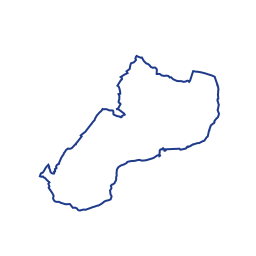 Sancel, Alba, Romania (orthographic projection), rotated 74°
{"feature_id": "2599482B13379930489743", "entity_name": "Sancel", "entity_type": "district", "adm_level": 2, "iso_a3": "ROU", "parent_name": "Romania", "parent_adm1": "Alba", "projection": "orthographic", "projection_center": [23.953, 46.206], "detail": "fine", "context": "isolated", "style": "outline", "palette": "blue", "viewbox_px": 256, "rotation_deg": 74, "n_neighbors": 0, "source": "geoboundaries", "source_scale": "gbopen_adm2", "svg_char_len": 5753}
<svg xmlns="http://www.w3.org/2000/svg" viewBox="0 0 256 256"><g transform="rotate(74 128 128)"><path d="M192.9,198.7L193.4,198.2L193.7,197.8L194.0,197.1L194.1,196.8L194.0,195.5L194.1,194.5L194.1,193.9L194.2,193.0L194.3,192.7L194.9,191.5L194.5,185.3L194.3,183.3L194.4,181.7L194.3,181.1L194.2,178.6L194.4,177.7L193.8,175.5L193.6,174.5L192.9,172.7L192.2,171.1L191.9,169.3L192.1,166.4L191.8,164.4L189.8,162.9L188.8,162.6L187.3,163.1L183.1,162.5L181.7,160.8L180.3,160.3L179.0,160.5L178.0,159.2L178.0,158.2L177.4,156.3L177.1,155.9L176.5,155.6L176.3,155.4L175.6,154.5L175.3,154.3L174.6,153.8L174.1,153.5L173.2,153.3L172.5,153.1L171.9,152.9L171.5,152.6L171.0,152.2L170.7,152.0L169.2,151.7L167.5,151.2L166.6,150.8L165.4,150.3L164.7,149.9L164.4,149.6L163.4,148.5L163.2,148.2L162.9,147.8L162.5,146.6L162.1,145.1L162.0,144.0L161.9,141.9L161.3,139.1L160.5,138.1L160.4,137.1L160.7,133.6L161.4,131.0L161.5,127.8L161.8,125.8L162.1,125.3L162.9,124.3L163.6,122.0L164.0,119.2L163.9,112.2L163.8,111.6L162.8,108.5L162.5,107.7L162.5,106.8L162.5,105.6L163.7,105.6L163.4,104.8L163.3,104.7L162.7,104.9L161.8,105.0L161.0,104.7L160.3,104.3L158.6,103.8L158.1,103.4L157.7,102.9L157.6,102.5L158.0,101.1L157.1,100.3L157.1,99.8L158.8,99.1L159.8,99.3L160.0,99.0L160.0,98.2L159.5,97.5L158.9,97.5L162.1,84.2L163.3,83.6L163.5,81.4L163.7,78.1L163.5,77.7L162.9,77.2L162.6,76.7L162.8,76.4L162.3,75.8L162.3,75.6L162.7,75.6L162.8,75.4L162.7,75.2L162.6,72.9L162.4,72.7L162.2,72.2L162.2,71.8L161.9,71.2L161.6,69.9L161.9,69.5L161.8,69.1L161.7,67.2L161.7,65.3L162.1,64.0L161.5,60.6L161.3,60.0L161.2,58.0L160.8,57.7L160.3,57.0L158.7,55.1L158.1,53.7L155.6,52.3L154.6,51.8L153.5,51.2L152.5,50.3L152.1,50.4L151.5,49.8L150.5,49.2L150.4,49.0L149.7,48.7L149.2,48.2L148.8,48.0L148.0,47.0L147.8,46.4L147.2,44.9L147.2,44.4L146.7,43.6L146.4,43.3L145.7,43.3L145.4,43.2L145.0,42.7L144.2,41.8L144.0,41.4L143.0,40.0L142.9,39.4L142.5,38.8L142.1,38.4L141.4,37.9L140.3,37.1L139.3,36.6L138.7,36.6L137.8,36.8L137.4,36.8L136.6,36.8L136.0,36.9L135.4,36.9L134.9,36.7L134.4,36.1L132.9,35.5L131.0,34.4L130.5,34.3L129.7,34.4L127.8,34.3L127.2,34.3L126.8,34.5L126.3,34.5L126.0,34.3L124.9,33.9L124.8,33.5L124.8,33.2L123.7,32.9L122.8,32.7L121.6,32.6L121.1,32.3L120.9,32.3L120.4,32.3L118.9,31.6L116.8,31.0L116.3,30.5L114.9,30.3L114.4,30.3L113.4,30.0L111.8,30.3L111.5,30.1L111.2,30.3L111.1,30.1L110.7,30.1L109.3,30.2L108.8,30.3L108.3,30.3L106.3,30.4L103.7,30.5L102.8,30.5L102.7,30.6L101.6,31.7L100.7,32.8L100.2,33.6L99.5,34.6L98.5,36.2L96.9,38.5L94.4,42.8L92.8,46.3L92.6,47.1L92.4,47.5L91.4,49.4L91.3,49.7L99.3,55.1L99.7,55.5L100.0,55.8L100.5,56.5L99.7,56.8L99.3,57.1L98.9,57.9L98.9,58.5L99.2,59.3L99.0,61.7L97.7,63.8L96.4,67.8L94.5,70.1L93.8,70.9L92.9,71.6L91.2,72.5L90.9,73.4L90.9,74.0L89.3,74.7L89.0,75.0L88.3,76.5L87.9,78.6L87.8,79.1L86.7,81.2L85.2,82.2L84.7,82.9L84.0,85.5L83.3,85.4L80.6,84.4L79.8,84.2L79.0,84.3L77.6,85.1L77.2,85.6L77.1,86.2L77.0,87.5L76.7,87.9L75.4,89.4L74.5,89.6L73.3,90.2L72.5,90.7L72.1,91.1L71.6,91.7L70.9,92.7L68.2,94.2L66.5,94.7L64.1,95.2L64.1,95.6L64.0,96.2L63.7,96.7L62.0,98.9L61.1,99.8L61.6,100.6L62.2,101.0L62.7,101.3L63.2,101.7L63.4,101.8L64.0,101.7L64.7,101.5L65.2,102.1L66.5,104.2L66.6,107.2L67.3,107.8L69.2,108.9L71.7,110.1L73.1,113.8L75.1,113.3L75.8,117.1L77.0,121.0L78.0,120.3L78.5,120.1L79.0,120.2L79.6,120.5L80.1,121.7L84.4,126.5L85.8,125.5L87.3,125.4L89.0,125.4L90.1,125.5L92.3,125.8L93.0,126.1L92.8,127.7L94.8,127.5L95.1,127.6L95.5,127.6L96.6,128.1L97.8,128.3L99.1,129.3L100.5,129.9L101.5,129.5L101.6,129.2L102.6,128.6L103.0,128.6L105.2,130.9L106.1,131.6L106.3,132.1L106.6,132.4L106.7,133.4L106.9,133.4L107.3,132.1L113.0,127.8L114.2,127.5L114.2,127.8L114.5,128.9L114.7,129.7L114.9,130.5L115.0,131.0L115.8,131.3L115.7,131.9L114.4,133.4L113.6,135.2L111.1,138.1L110.3,138.2L109.0,137.7L107.7,137.5L107.0,137.8L106.6,138.7L106.1,140.7L105.4,141.8L104.9,142.3L104.3,143.1L103.6,144.5L103.4,146.0L102.7,147.2L103.1,147.6L103.8,148.4L104.2,148.9L105.4,151.4L106.4,152.9L106.8,153.6L107.3,154.4L109.2,156.4L110.2,157.3L111.2,157.9L111.4,158.3L111.9,159.1L112.2,159.7L112.6,160.1L112.7,160.3L113.3,161.1L115.1,163.6L117.3,166.6L119.3,169.3L119.9,170.1L120.0,170.3L120.2,170.8L120.5,171.7L120.7,172.2L120.9,172.7L121.7,174.6L122.0,175.3L122.1,175.5L123.3,174.9L123.6,175.3L125.1,177.3L125.8,178.3L127.0,179.9L128.5,182.0L128.8,182.2L128.6,182.3L128.9,182.7L131.7,187.3L131.8,187.8L132.0,188.3L132.0,188.7L131.9,189.7L131.8,190.4L131.2,191.3L131.2,191.5L131.6,192.4L131.9,193.1L131.9,193.3L132.1,193.7L133.4,195.0L134.4,196.4L135.0,196.9L135.5,197.2L135.9,197.5L136.7,198.7L138.3,200.4L138.8,200.9L139.3,201.2L139.8,201.6L140.1,201.9L141.5,203.0L142.2,203.6L142.5,203.9L142.9,204.2L143.1,204.2L143.4,204.2L143.5,204.3L143.5,204.5L143.4,204.6L143.4,205.1L143.6,205.3L143.8,205.6L143.8,205.9L143.8,206.1L143.9,206.4L144.2,206.8L144.6,207.1L145.1,207.7L145.4,207.8L146.7,207.7L146.9,207.8L147.1,208.0L147.1,208.9L147.3,209.5L147.7,209.6L148.1,209.7L149.3,209.9L149.5,210.0L149.6,211.1L150.6,211.1L151.4,211.7L151.3,212.2L150.8,213.3L150.4,213.7L149.5,214.4L149.1,214.5L148.7,214.6L147.2,214.5L145.1,214.7L144.5,214.8L144.4,214.9L144.2,214.8L143.9,214.5L143.5,214.4L141.4,214.7L142.2,216.1L143.6,218.1L146.1,220.6L147.2,222.0L147.4,222.5L147.5,223.6L147.6,224.1L148.1,224.6L150.1,226.0L151.0,224.7L151.2,223.1L152.3,222.7L152.8,221.8L154.2,221.0L155.1,220.7L158.6,218.5L159.6,219.9L160.2,219.9L161.8,219.7L162.7,219.7L163.5,220.7L165.5,220.2L166.0,219.8L166.6,219.7L166.9,219.7L168.0,219.2L168.5,219.2L169.4,218.8L170.3,218.6L172.4,218.2L173.0,218.3L174.7,219.3L175.3,219.4L176.0,219.4L177.6,218.9L178.4,218.4L179.0,217.6L179.3,217.0L179.8,215.2L180.1,214.5L181.4,213.2L184.1,209.0L185.1,204.8L189.5,203.0L190.0,200.7L191.2,199.3L192.9,198.7Z" fill="none" stroke="#1e3a8a" stroke-width="2"/></g></svg>